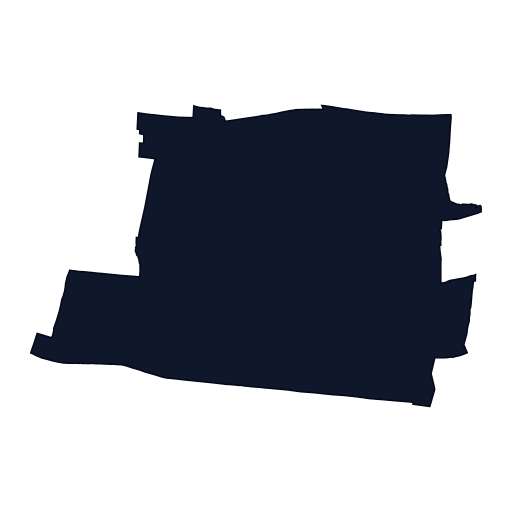 Brabova, Dolj, Romania
{"feature_id": "2599482B55634760087825", "entity_name": "Brabova", "entity_type": "district", "adm_level": 2, "iso_a3": "ROU", "parent_name": "Romania", "parent_adm1": "Dolj", "projection": "natural_earth1", "projection_center": [23.43, 44.36], "detail": "fine", "context": "isolated", "style": "filled", "palette": "ink", "viewbox_px": 512, "rotation_deg": 0, "n_neighbors": 0, "source": "geoboundaries", "source_scale": "gbopen_adm2", "svg_char_len": 6049}
<svg xmlns="http://www.w3.org/2000/svg" viewBox="0 0 512 512"><path d="M429.8,406.5L434.7,389.5L434.1,386.3L431.1,373.6L434.8,357.8L435.5,357.7L436.5,357.7L437.6,357.8L438.7,357.8L440.6,357.8L442.8,357.8L445.1,357.8L447.1,357.6L449.3,357.3L450.7,357.1L451.4,357.1L452.5,357.2L453.4,357.2L455.9,356.3L456.2,356.3L457.1,356.2L458.6,355.9L461.6,354.9L462.2,354.7L463.6,354.3L465.4,353.5L466.9,352.9L467.2,352.7L463.8,344.6L466.8,333.9L467.3,329.0L468.1,325.1L469.1,321.7L469.3,319.8L469.2,317.8L469.3,317.1L469.8,315.1L469.9,313.5L469.8,311.0L469.9,309.3L470.0,308.5L470.6,307.7L471.2,302.7L471.8,294.8L472.3,289.5L472.8,287.4L472.9,286.1L473.1,283.1L473.3,282.7L473.4,281.9L473.5,281.6L473.7,281.3L474.1,281.1L474.5,281.0L475.4,280.9L475.4,276.9L475.6,274.6L474.4,275.2L472.3,275.6L471.4,275.6L470.2,276.1L468.3,276.7L466.5,277.4L464.6,277.8L463.2,278.2L461.0,278.5L458.4,278.9L456.3,279.4L453.4,279.9L450.9,280.3L448.2,281.1L446.5,282.0L444.6,282.7L441.2,283.2L440.8,281.1L440.8,270.0L440.8,264.3L441.0,258.4L440.6,255.8L440.2,252.7L439.9,250.1L439.6,245.8L439.5,245.3L440.4,245.3L440.8,245.2L440.6,242.0L441.0,238.6L440.8,234.4L440.6,231.7L440.4,230.9L439.9,230.7L439.6,230.3L439.6,229.9L439.9,229.4L440.6,229.0L441.2,228.8L441.7,220.3L443.2,220.3L444.3,220.4L445.3,220.5L446.5,220.3L449.7,219.7L450.9,219.6L455.5,219.3L457.2,219.1L459.4,218.7L462.3,217.8L467.9,216.1L470.7,215.3L474.2,214.2L476.8,213.5L478.9,212.7L481.3,211.7L481.2,210.5L481.2,210.3L481.1,207.3L481.0,206.5L480.8,206.1L480.6,206.0L480.3,205.9L480.1,205.5L479.7,205.6L478.2,206.1L477.3,206.6L476.7,206.9L477.2,206.1L476.4,205.9L476.6,205.4L475.3,204.9L475.2,205.1L471.1,204.0L471.0,204.5L468.4,204.5L462.5,204.2L462.1,205.1L461.0,204.9L459.8,204.5L458.7,204.4L458.0,204.3L456.8,204.2L456.0,203.9L455.1,203.5L453.5,202.7L452.2,202.3L451.2,201.7L450.4,201.5L450.2,201.4L449.5,199.6L448.4,194.1L447.8,192.6L447.6,189.5L447.5,188.3L447.1,187.6L446.9,186.6L446.6,184.4L446.3,183.6L445.9,183.0L445.8,182.5L445.8,181.8L445.7,181.3L445.6,180.5L445.4,179.6L445.3,178.6L445.1,177.9L444.8,177.3L444.5,175.0L444.5,174.6L444.9,173.5L446.6,167.0L448.2,156.1L448.6,152.7L448.8,149.6L449.5,142.0L450.3,127.1L451.1,117.8L450.9,114.7L450.0,114.7L442.5,114.9L432.4,115.4L427.6,115.3L420.2,115.3L414.2,115.1L411.8,115.1L410.4,115.2L409.3,115.4L404.4,115.0L403.2,115.0L402.2,114.9L400.6,115.0L399.2,114.9L398.0,115.1L397.1,114.9L393.3,114.7L391.4,114.6L389.1,114.6L387.1,114.4L385.4,114.3L384.6,114.4L383.4,114.0L381.5,113.8L380.5,113.7L377.4,113.4L374.1,112.9L369.5,112.6L367.4,112.3L366.6,112.3L365.8,112.3L364.3,111.9L362.8,111.7L362.1,111.6L361.4,111.5L360.4,111.3L358.6,111.0L355.2,110.5L349.9,109.6L348.4,109.4L347.8,109.2L347.0,109.0L346.4,109.0L345.9,109.0L345.5,109.0L343.5,108.8L337.3,107.7L334.7,107.3L332.8,106.9L325.8,105.9L323.2,105.6L321.8,105.5L322.0,105.9L322.8,107.8L323.3,109.1L323.2,109.4L320.9,109.4L319.2,109.3L317.8,109.3L316.3,109.4L312.2,109.3L309.5,109.4L306.8,109.4L305.0,109.4L303.1,109.5L299.1,109.6L297.6,109.6L295.9,109.7L293.5,110.2L289.4,110.7L285.7,111.5L283.3,111.9L280.6,112.5L278.0,113.1L276.6,113.5L272.2,114.2L267.2,115.2L265.2,115.4L262.0,115.6L258.8,116.4L225.4,121.3L225.2,120.8L223.8,117.1L220.4,115.5L220.4,112.9L220.4,110.1L218.9,110.0L214.3,109.4L213.5,109.2L211.2,108.4L210.4,108.2L208.5,108.4L206.9,108.3L202.9,107.7L201.3,107.6L200.4,107.6L195.6,106.5L193.9,105.8L193.7,107.5L193.4,113.2L193.2,117.5L191.0,117.6L185.8,117.5L178.8,117.3L162.1,115.8L155.5,115.0L151.2,114.6L145.8,114.0L138.0,112.8L137.2,129.1L139.9,129.7L139.6,133.6L141.2,134.0L143.9,134.7L143.6,143.2L142.0,143.2L139.6,143.0L139.5,146.7L139.0,156.8L144.8,157.4L155.1,158.7L154.6,161.1L152.1,170.3L151.0,175.0L144.8,207.7L139.9,229.4L139.2,233.0L138.5,237.4L136.4,237.4L136.2,242.1L136.4,245.2L136.4,245.7L136.3,246.7L136.2,246.9L135.9,247.0L135.7,247.2L135.7,247.4L135.6,247.7L135.7,248.2L135.7,249.4L135.5,249.9L135.4,250.4L135.5,251.4L135.7,252.0L136.1,252.7L136.3,253.0L136.5,253.9L136.6,254.7L137.0,255.4L138.0,256.4L138.1,256.7L138.3,257.6L138.8,259.1L139.1,260.9L139.5,263.0L139.7,263.7L140.0,264.3L140.1,271.1L139.7,276.8L120.7,275.4L117.9,275.1L111.2,274.4L108.6,274.2L102.0,273.5L99.9,273.3L97.9,273.2L94.0,272.8L92.0,272.5L88.1,272.2L86.7,272.0L82.1,271.6L81.4,271.6L80.2,271.6L77.7,271.4L76.6,271.1L75.9,271.0L74.5,270.9L73.1,270.7L69.9,270.4L69.7,270.3L69.3,271.5L68.5,273.7L67.8,275.3L67.1,276.9L66.3,280.5L65.5,284.0L65.3,287.0L64.6,291.1L63.1,296.5L62.4,297.9L61.7,300.0L61.4,302.0L61.0,304.1L59.4,311.0L57.4,317.7L55.9,322.3L54.9,325.2L53.8,328.1L53.8,329.4L53.7,331.2L53.2,332.6L53.1,333.5L52.8,334.8L52.4,336.0L51.3,337.7L37.2,333.4L34.1,343.1L30.7,352.9L32.8,353.8L35.9,355.4L42.0,358.0L47.2,359.3L52.0,360.7L57.9,362.0L62.9,362.9L63.8,363.0L64.6,363.0L67.7,363.2L69.1,363.2L72.8,363.3L75.3,363.2L76.6,363.2L77.7,363.3L78.8,363.3L79.7,363.4L80.1,363.2L81.1,363.2L82.3,363.4L83.2,363.6L84.7,363.4L88.8,363.6L90.6,363.4L91.0,363.4L96.6,363.7L98.3,363.7L102.0,363.8L104.1,364.0L106.2,364.0L107.1,364.1L108.2,364.1L109.1,364.1L110.4,364.2L111.2,364.3L112.5,364.2L113.5,364.2L117.1,364.5L119.9,364.7L120.5,364.6L120.9,364.6L121.6,364.8L122.5,364.9L123.3,365.2L124.2,365.3L124.9,365.4L127.1,366.1L128.9,366.7L131.0,367.4L133.1,368.1L135.5,368.7L136.4,369.0L137.5,369.3L138.7,369.7L140.7,370.3L141.4,370.5L142.0,370.8L142.4,371.1L143.7,371.4L144.9,371.9L147.2,372.6L149.5,373.2L150.5,373.5L152.3,374.0L156.6,375.3L158.5,375.9L160.1,376.4L162.0,377.0L164.3,377.5L165.3,377.7L166.4,378.0L168.3,378.1L174.9,378.8L176.8,379.0L183.6,379.8L196.3,381.1L200.1,381.5L211.1,382.6L223.5,384.0L224.9,384.2L226.1,384.4L228.1,384.4L236.5,385.1L239.0,385.4L239.8,385.5L240.4,385.4L242.3,385.4L243.0,385.7L244.3,386.0L248.3,386.2L250.3,386.6L260.8,387.4L264.8,387.9L267.7,388.1L287.4,389.9L300.5,391.7L313.7,392.7L331.9,394.6L343.4,395.4L345.6,395.6L353.8,396.5L357.9,396.9L359.3,397.2L363.8,397.7L365.2,398.0L369.7,398.6L383.5,399.7L396.9,400.9L410.9,402.0L412.2,402.3L412.8,402.6L413.2,403.1L413.3,403.6L413.0,404.2L429.8,406.5Z" fill="#0f172a" stroke="#020617" stroke-width="1.5"/></svg>